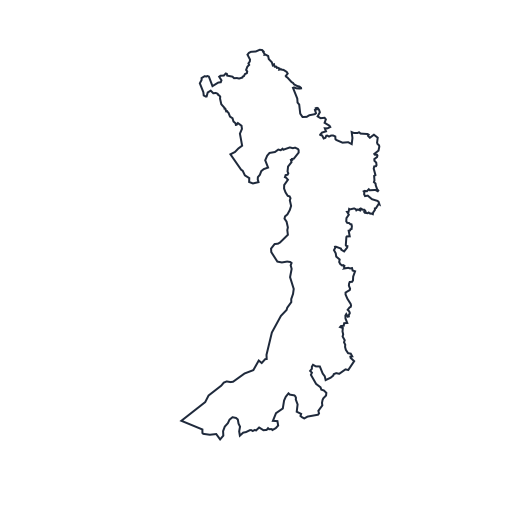 map outline of Inner Mongol (Albers equal-area conic projection), rotated 301°
{"feature_id": "CHN-1838", "entity_name": "Inner Mongol", "entity_type": "Autonomous Region", "adm_level": 1, "iso_a3": "CHN", "parent_name": "China", "parent_adm1": "", "projection": "albers", "projection_center": [116.94, 45.357], "detail": "fine", "context": "isolated", "style": "outline", "palette": "slate", "viewbox_px": 512, "rotation_deg": 301, "n_neighbors": 0, "source": "natural_earth", "source_scale": "10m", "svg_char_len": 6151}
<svg xmlns="http://www.w3.org/2000/svg" viewBox="0 0 512 512"><g transform="rotate(301 256 256)"><path d="M320.6,220.1L316.6,216.0L315.9,212.0L319.3,210.1L319.4,204.9L322.2,200.7L322.3,198.8L330.0,181.7L334.3,184.4L339.1,185.5L343.4,187.3L352.6,179.2L357.7,178.5L360.2,176.5L360.6,172.0L358.5,171.8L358.0,171.2L359.2,170.2L359.7,167.4L362.0,164.9L362.1,161.9L364.5,158.8L365.0,157.0L364.7,156.2L365.3,156.2L365.3,155.1L366.3,154.1L366.1,153.1L366.7,152.9L368.2,148.1L372.4,144.1L374.1,143.3L374.7,141.9L374.5,140.9L375.3,139.6L375.0,137.5L373.5,135.6L374.4,132.0L371.3,130.4L367.3,131.5L366.8,130.9L366.7,128.5L369.3,126.5L375.1,118.9L378.9,118.7L380.5,117.7L383.7,119.4L384.2,120.9L385.2,121.6L385.5,123.2L379.2,131.2L385.2,134.3L386.8,136.3L388.8,135.9L390.7,132.1L392.2,132.7L394.1,135.5L396.9,136.1L397.1,137.2L395.8,138.4L397.6,143.5L397.1,145.6L398.7,148.0L399.4,150.1L401.9,152.4L402.9,152.2L404.0,153.0L406.2,152.8L408.0,154.0L409.7,153.4L410.4,151.7L413.9,151.1L416.3,151.7L417.2,150.3L419.5,150.5L421.3,149.7L424.2,145.0L426.5,145.3L428.4,146.5L431.2,150.5L434.7,153.0L435.7,155.2L435.2,157.1L434.7,156.9L433.6,159.3L432.8,159.6L433.5,160.5L433.7,163.4L431.4,165.5L430.2,169.8L428.5,171.7L429.3,172.4L428.3,172.7L429.0,173.3L427.9,174.6L428.7,175.8L428.0,177.0L428.6,177.5L428.8,179.6L427.7,179.9L429.1,181.6L429.0,182.3L429.7,183.7L429.6,187.5L428.7,189.2L425.6,188.8L425.1,190.0L425.2,190.9L423.4,196.9L423.4,198.7L422.7,200.2L422.9,203.7L423.6,206.0L423.3,208.0L422.9,208.3L422.0,207.2L420.5,204.2L420.1,201.8L419.2,201.1L412.2,210.3L408.9,212.6L408.1,215.0L400.8,220.6L399.1,224.3L401.4,227.8L404.1,229.2L407.9,233.4L409.3,233.9L411.6,231.2L412.5,231.4L412.9,232.6L413.6,232.6L413.9,231.5L414.4,232.0L414.6,232.9L413.7,234.8L412.1,236.7L407.4,236.9L407.4,240.4L409.8,243.6L409.1,245.5L405.5,246.2L405.5,251.9L404.8,253.2L402.2,251.5L400.9,249.2L398.9,251.8L395.8,249.0L393.1,248.5L392.8,248.8L393.4,250.6L391.6,253.5L393.0,254.6L395.3,254.3L395.9,255.1L396.0,257.1L397.9,258.3L399.0,260.0L399.3,262.4L397.1,263.9L396.8,265.0L397.7,271.8L401.0,276.4L401.2,280.4L406.8,277.9L411.5,274.2L411.8,276.4L413.7,279.7L415.1,280.6L414.8,282.6L418.0,288.8L418.0,290.1L416.7,290.1L416.0,292.7L420.7,294.6L420.1,299.4L415.5,301.4L414.6,302.5L414.2,304.5L413.2,305.4L409.4,306.7L404.4,304.8L404.0,305.6L405.1,307.6L404.7,308.3L403.2,308.8L400.0,307.5L398.6,308.5L398.0,310.9L396.0,312.5L394.8,312.6L393.7,311.2L391.5,311.9L386.9,316.7L385.5,316.0L381.8,318.6L380.1,319.0L379.7,321.1L378.1,322.4L375.6,325.5L375.1,327.1L374.2,327.0L374.1,324.3L370.9,319.6L371.3,318.3L368.6,317.7L367.8,315.6L366.9,315.0L366.3,316.2L364.7,316.8L363.5,318.6L365.3,320.7L364.4,326.1L365.8,331.8L365.5,333.3L363.8,335.2L363.8,334.3L358.8,334.2L358.0,333.4L356.7,334.2L353.6,334.0L352.0,334.6L351.7,332.6L351.1,332.1L351.3,330.2L350.2,329.7L349.1,327.0L349.5,326.1L350.6,326.9L351.1,326.3L351.4,324.9L350.7,324.0L350.7,321.3L350.1,320.9L349.5,322.0L348.7,322.0L348.3,319.3L346.8,318.5L347.5,317.5L347.3,315.6L344.3,312.5L344.3,311.6L341.5,312.6L340.7,311.4L339.2,314.3L335.1,314.0L332.2,315.5L331.4,317.1L332.2,318.9L331.8,320.5L332.3,321.5L331.0,322.8L328.4,324.0L327.6,323.2L326.4,323.5L325.4,322.4L321.1,326.2L319.6,323.8L318.8,323.7L311.5,327.4L311.2,328.0L311.5,329.3L310.2,329.8L305.3,329.2L305.3,325.9L306.1,325.0L305.1,319.6L304.6,319.0L303.9,319.7L301.2,319.8L299.4,322.9L296.8,325.1L296.1,329.5L293.7,330.4L292.5,332.3L292.2,334.7L293.1,335.4L293.1,336.8L291.9,337.0L291.5,338.2L290.8,338.1L293.4,341.2L293.8,343.1L295.1,344.5L293.3,346.3L293.9,348.8L288.4,349.9L285.0,351.7L283.3,351.6L282.0,349.7L280.3,350.0L278.4,350.9L276.4,353.5L275.2,353.9L270.8,351.6L269.1,352.6L266.4,356.4L263.7,361.8L262.5,363.0L261.2,363.4L260.2,362.7L257.1,362.3L256.5,364.5L255.4,365.8L252.9,366.0L252.0,366.7L251.2,365.9L252.7,363.3L251.0,363.3L248.5,364.9L245.6,368.7L243.8,366.2L241.4,367.1L239.7,364.9L238.4,364.7L239.0,367.5L235.9,369.0L233.7,371.1L231.6,371.7L229.5,375.4L227.4,375.9L225.9,378.2L223.9,379.2L221.8,381.4L220.1,385.0L221.1,387.5L219.5,390.2L218.3,388.8L217.4,389.6L216.4,394.3L205.8,393.8L204.9,391.1L197.9,388.0L196.9,385.1L194.8,383.5L193.3,383.8L190.2,382.7L185.5,379.6L188.3,376.9L189.6,373.7L194.2,367.6L192.2,364.1L192.1,360.9L189.9,360.9L188.1,362.0L185.4,361.6L184.8,364.0L182.4,364.3L177.3,373.4L176.7,378.9L175.1,380.8L175.7,383.5L174.9,386.8L172.5,387.9L168.7,387.0L166.9,387.2L164.1,388.2L162.1,389.8L155.4,389.2L153.5,391.1L151.9,390.9L144.9,382.9L141.6,381.0L141.5,378.3L141.8,376.5L143.9,376.0L143.5,371.1L150.2,368.1L153.5,364.0L155.0,363.3L156.0,361.9L156.3,360.7L154.6,356.4L155.0,354.6L150.7,354.0L146.6,354.5L139.1,357.5L131.6,354.1L123.4,355.4L125.5,359.4L122.1,362.3L118.6,361.6L115.3,359.7L115.7,358.7L114.3,356.4L114.6,355.0L112.4,354.7L110.5,352.1L110.6,347.0L106.5,345.9L106.3,344.6L104.3,343.3L104.3,341.6L103.6,340.5L99.9,338.1L98.0,336.0L93.7,334.7L97.0,331.9L101.5,330.2L103.3,327.4L106.5,324.6L106.9,322.3L105.7,318.9L102.1,317.6L98.2,318.0L93.7,317.1L88.9,318.0L85.2,320.5L80.3,319.7L82.9,313.6L79.0,308.5L76.4,302.4L76.7,301.2L79.7,299.4L76.3,276.9L104.6,287.7L112.0,287.2L127.0,293.0L130.9,293.6L133.4,295.5L134.8,299.1L136.4,301.1L149.4,306.7L156.8,312.5L167.8,312.2L167.2,316.0L172.3,317.0L173.2,318.2L176.7,315.9L198.6,309.0L217.5,308.2L225.5,310.0L227.8,309.4L234.6,310.0L237.2,308.4L242.5,307.3L247.2,305.3L255.4,296.1L263.3,293.2L265.9,290.5L268.3,290.1L268.5,288.5L267.3,285.6L263.8,281.5L262.2,277.2L267.2,267.1L270.1,265.1L275.8,265.8L277.9,268.5L279.9,269.6L290.6,272.4L294.3,269.5L296.9,268.6L301.2,264.5L302.7,261.2L304.9,260.5L307.8,261.5L312.8,261.3L317.0,260.3L321.2,256.3L323.3,255.8L324.4,254.1L323.9,252.2L325.7,248.6L328.3,245.3L331.4,243.6L337.8,244.1L338.7,241.1L338.5,240.2L340.6,239.7L341.9,241.2L343.5,241.1L344.7,239.5L349.2,237.4L354.7,238.1L356.3,236.5L357.0,237.5L357.7,236.9L358.9,238.3L366.6,239.3L368.7,238.0L369.3,236.9L369.0,233.7L367.4,232.1L366.5,229.1L361.2,224.7L361.6,223.5L359.4,222.7L358.7,220.3L354.9,218.7L351.3,214.5L347.8,213.9L342.8,214.6L338.0,220.8L334.5,217.9L331.5,216.8L327.6,217.5L324.6,217.0L322.6,218.0L320.6,220.1Z" fill="none" stroke="#1e293b" stroke-width="2"/></g></svg>